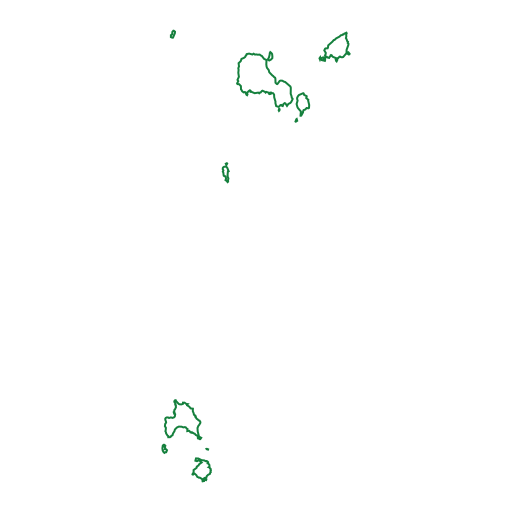 the district of Taboga, Panama
{"feature_id": "35544464B74789014027071", "entity_name": "Taboga", "entity_type": "district", "adm_level": 2, "iso_a3": "PAN", "parent_name": "Panama", "parent_adm1": "", "projection": "orthographic", "projection_center": [-79.568, 8.692], "detail": "fine", "context": "isolated", "style": "outline", "palette": "green", "viewbox_px": 512, "rotation_deg": 0, "n_neighbors": 0, "source": "geoboundaries", "source_scale": "gbopen_adm2", "svg_char_len": 5915}
<svg xmlns="http://www.w3.org/2000/svg" viewBox="0 0 512 512"><path d="M252.4,54.5L249.1,53.6L246.7,54.1L246.4,54.5L246.3,55.3L245.6,55.9L245.2,56.9L243.9,57.9L241.5,58.9L240.7,61.2L238.6,63.2L239.0,66.4L238.3,68.2L238.6,69.9L238.3,72.8L238.9,76.8L237.5,79.9L238.3,81.1L237.1,83.4L237.5,84.1L239.1,84.2L240.9,86.1L241.0,89.4L241.7,90.2L242.1,91.2L243.6,92.4L244.8,92.0L245.5,92.3L245.9,93.6L246.6,94.9L247.1,95.2L247.5,94.3L246.9,93.0L248.7,91.1L249.9,90.3L250.6,90.8L250.6,91.9L251.6,91.9L254.7,93.2L258.2,92.6L259.2,93.3L259.8,92.6L260.6,92.5L262.0,90.9L262.5,90.7L265.0,91.9L265.6,92.6L266.3,91.9L268.7,92.7L269.1,93.9L269.4,94.1L270.6,93.9L270.5,92.6L271.0,92.5L272.0,93.1L273.2,93.3L274.1,94.7L274.2,97.3L275.5,101.7L275.4,103.0L276.2,106.1L278.1,106.7L279.2,106.6L280.4,105.1L281.2,104.9L281.7,105.1L282.2,106.0L282.7,106.1L283.5,104.0L284.7,103.1L285.4,103.4L287.0,105.9L288.4,103.9L290.3,103.0L291.2,102.0L292.6,99.2L292.6,98.7L291.8,97.8L291.5,96.1L290.7,93.8L290.8,87.8L290.4,86.5L285.2,82.0L284.0,81.7L282.3,80.7L280.7,80.6L279.7,80.9L277.6,83.8L277.2,84.1L276.8,84.0L275.5,82.7L275.4,78.7L275.1,77.7L273.9,76.9L273.2,76.0L272.5,75.6L269.3,72.3L268.7,70.0L267.1,68.0L266.6,66.7L266.3,64.3L266.5,60.0L264.1,58.9L261.8,55.9L260.8,55.5L259.7,54.6L257.6,54.7L256.2,54.4L255.0,54.6L253.6,53.7L252.4,54.5ZM181.5,404.4L179.6,404.3L178.7,403.9L176.1,401.1L175.7,400.2L175.0,400.3L174.4,401.1L174.3,401.8L175.5,403.8L175.2,404.7L175.9,405.3L175.8,406.3L176.0,407.1L175.0,409.3L174.3,410.1L174.3,411.6L173.7,412.1L174.0,413.1L174.3,412.8L174.6,412.9L174.7,413.5L175.2,414.2L174.8,416.5L174.1,417.3L172.5,417.9L170.9,417.4L169.0,418.0L168.2,417.5L166.9,417.4L165.8,417.9L165.3,418.6L165.3,419.8L166.0,421.7L166.1,422.6L165.2,423.9L164.9,426.2L165.9,427.8L165.7,430.2L165.4,431.2L166.0,432.4L166.1,433.4L167.6,435.7L168.3,436.1L168.3,437.2L170.0,437.2L170.9,436.6L171.3,435.8L172.5,435.3L173.0,433.5L174.5,431.1L174.9,429.5L176.9,427.5L178.8,426.6L181.6,426.7L183.3,427.4L184.8,427.1L185.8,427.4L186.7,428.6L187.5,429.0L187.3,431.1L189.1,430.8L189.7,431.3L190.5,432.4L191.2,432.6L191.8,432.2L192.2,432.9L193.1,432.9L193.7,433.4L194.7,433.7L195.8,435.0L197.0,435.5L197.9,436.6L197.8,437.9L198.0,438.4L198.8,438.5L199.5,439.1L200.3,439.1L201.2,437.8L199.0,436.6L197.7,431.4L197.5,428.0L198.4,425.8L199.2,424.9L200.3,423.0L200.4,422.3L200.2,421.6L199.5,420.6L198.6,420.4L197.6,419.3L196.7,418.8L196.2,418.0L196.0,417.3L195.7,417.4L195.2,416.7L195.4,415.6L193.9,414.7L193.7,413.3L192.8,411.2L192.9,408.7L190.6,408.4L189.3,406.7L187.0,405.2L187.0,404.7L187.6,404.1L186.2,403.9L184.6,402.7L183.0,402.7L183.0,403.8L181.5,404.4ZM346.2,34.4L346.7,33.3L346.4,32.7L344.2,33.7L343.5,34.5L342.9,34.4L342.0,35.1L340.8,35.3L339.5,36.6L336.1,38.4L334.6,39.9L333.7,40.1L332.4,41.7L328.2,45.4L328.0,47.4L327.6,48.3L325.6,48.4L325.1,48.7L324.3,50.4L325.8,52.9L325.5,54.7L325.0,55.3L325.5,55.9L325.4,57.5L325.7,57.5L326.0,56.9L326.4,57.1L326.9,56.9L327.8,57.6L329.1,57.9L329.6,56.8L330.3,56.4L330.6,55.3L331.0,55.0L331.8,55.4L331.9,55.8L332.8,56.8L335.7,58.0L335.7,59.6L336.1,60.9L336.6,61.4L337.3,60.0L337.4,58.2L338.2,58.1L339.5,56.7L340.0,56.5L340.6,57.0L342.0,57.3L343.2,57.0L346.5,53.1L346.6,49.8L348.4,44.8L348.4,43.6L347.7,43.0L348.0,41.8L347.3,41.3L346.6,39.3L345.9,38.1L346.3,36.6L346.2,34.4ZM198.3,458.5L196.0,458.4L195.4,460.7L197.0,461.2L199.2,460.1L200.4,461.6L201.6,462.5L199.0,464.4L198.6,465.4L196.8,466.6L196.7,467.6L196.4,468.0L193.6,470.0L193.6,472.5L192.7,473.7L192.5,474.4L192.9,474.6L193.4,473.7L194.0,473.9L194.7,473.7L196.3,475.1L197.4,477.0L198.4,477.3L198.9,477.7L199.7,477.6L201.9,478.9L202.2,479.5L203.2,479.7L203.7,478.6L204.7,477.9L205.6,477.8L206.6,477.0L206.8,476.1L208.0,474.9L210.0,473.8L210.1,472.9L210.8,472.1L210.4,471.0L210.9,470.4L210.6,468.8L210.0,468.5L209.7,467.6L208.7,467.2L209.5,466.6L209.4,465.0L208.3,463.5L207.5,463.3L207.5,462.9L208.1,462.6L208.1,462.1L207.2,461.3L206.6,461.0L205.7,461.2L204.2,460.4L201.7,460.2L198.3,458.5ZM309.0,107.9L309.2,105.0L308.1,100.4L308.3,99.8L306.2,98.0L306.7,96.7L306.6,96.1L304.1,94.9L303.7,93.5L303.2,93.2L299.0,95.0L298.1,96.0L297.2,97.6L297.1,98.9L297.6,100.6L296.6,104.0L297.4,107.0L297.9,108.0L300.9,111.5L300.5,115.7L300.9,115.8L301.3,115.5L303.0,112.4L303.1,111.3L303.6,110.1L305.3,109.5L306.6,108.0L308.4,108.3L309.0,107.9ZM228.6,171.2L227.3,167.9L226.5,166.9L225.4,166.6L224.1,166.8L223.5,167.1L222.9,167.8L222.7,169.1L223.4,170.4L222.8,171.7L223.3,172.5L223.7,175.6L224.1,176.0L225.4,176.3L226.1,178.8L225.5,180.1L226.6,180.9L227.6,182.1L228.1,181.6L228.0,180.3L228.4,178.4L227.7,176.8L227.6,174.6L227.9,171.4L228.6,171.2ZM269.2,60.5L270.8,59.7L272.3,58.2L272.4,56.5L272.1,54.0L271.3,52.9L270.3,52.1L269.8,53.0L269.6,54.9L268.9,57.6L268.1,58.9L268.1,59.7L269.2,60.5ZM163.9,446.1L163.9,445.8L164.9,445.3L164.3,444.8L163.6,444.8L162.8,445.6L162.4,448.2L162.7,450.6L163.7,452.3L164.5,452.9L165.3,452.2L166.2,452.2L167.0,450.2L165.7,449.0L164.9,449.1L165.2,448.1L164.7,447.2L165.1,446.7L164.6,446.0L163.9,446.1ZM173.0,37.6L174.9,33.1L175.0,31.7L173.9,30.8L173.4,30.7L172.4,31.8L172.1,34.4L170.9,35.2L170.9,37.1L172.3,37.7L173.0,37.6ZM325.1,58.0L324.8,57.6L323.9,57.4L323.5,58.0L322.8,57.5L321.6,58.1L321.4,58.9L321.8,60.1L322.9,60.4L323.7,59.5L324.2,60.7L324.9,60.9L325.1,60.3L325.1,58.0ZM349.6,53.8L348.3,52.2L347.6,52.3L347.0,53.0L347.2,53.7L348.0,53.9L348.8,54.5L349.4,54.3L349.6,53.8ZM295.8,121.7L297.2,120.8L296.7,119.0L296.3,119.3L295.8,120.7L295.5,121.5L295.8,121.7ZM202.6,481.3L204.1,481.0L204.2,479.8L203.1,480.1L202.5,481.0L202.6,481.3ZM320.0,59.6L320.5,58.4L320.2,57.3L319.5,58.3L320.0,59.6ZM227.2,163.6L226.8,163.2L225.8,163.7L226.4,165.0L227.2,163.6ZM206.4,479.2L205.9,478.8L204.9,479.3L205.3,479.9L206.1,480.1L206.4,479.2ZM279.0,110.9L279.4,110.5L279.6,109.7L279.5,109.1L279.1,108.9L278.7,110.3L279.0,110.9ZM208.1,449.3L206.8,448.8L206.5,448.9L206.7,449.2L208.0,449.6L208.1,449.3Z" fill="none" stroke="#15803d" stroke-width="2"/></svg>